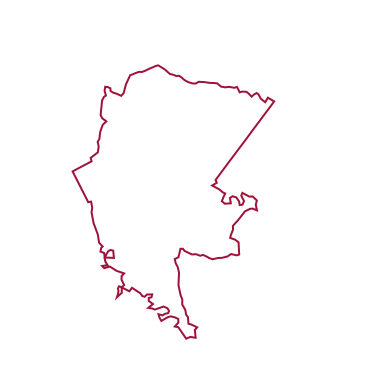 the district of Santa Rosa, Rio Grande do Sul, Brazil, rotated 154°
{"feature_id": "56859067B17988346737710", "entity_name": "Santa Rosa", "entity_type": "district", "adm_level": 2, "iso_a3": "BRA", "parent_name": "Brazil", "parent_adm1": "Rio Grande do Sul", "projection": "equal_earth", "projection_center": [-54.489, -27.84], "detail": "fine", "context": "isolated", "style": "outline", "palette": "rose", "viewbox_px": 384, "rotation_deg": 154, "n_neighbors": 0, "source": "geoboundaries", "source_scale": "gbopen_adm2", "svg_char_len": 2783}
<svg xmlns="http://www.w3.org/2000/svg" viewBox="0 0 384 384"><g transform="rotate(154 192 192)"><path d="M125.2,280.7L128.4,282.4L132.9,285.5L137.7,288.1L141.2,287.9L143.7,289.2L146.9,292.1L148.8,294.5L150.1,296.8L151.3,299.8L152.7,302.2L155.2,303.1L157.3,305.5L160.1,307.7L161.5,311.1L162.8,314.3L164.8,317.4L166.8,320.6L169.8,321.3L171.9,321.2L176.3,321.5L180.9,321.5L184.2,321.8L187.0,323.2L190.3,323.6L193.6,323.8L196.3,324.1L204.1,317.8L206.3,315.3L210.1,310.8L213.5,309.5L216.4,313.1L219.3,315.8L220.9,318.6L219.9,321.0L221.7,323.2L223.9,324.6L226.2,321.3L227.1,316.4L229.5,316.1L232.8,313.5L237.8,305.4L240.5,301.0L240.3,297.5L238.0,293.0L242.7,291.6L245.7,288.7L248.2,286.2L249.9,283.6L251.8,280.5L254.9,278.3L255.8,274.0L259.3,268.9L268.1,267.1L268.8,263.6L287.4,263.0L290.3,262.8L289.7,228.3L286.9,227.6L288.5,221.7L291.2,217.8L294.1,207.2L295.3,194.9L297.7,187.2L296.2,182.2L298.1,181.6L300.4,178.6L297.7,175.7L299.2,171.4L300.4,167.7L300.0,163.3L305.2,164.9L304.3,162.0L298.5,161.0L294.3,154.1L291.8,151.7L288.7,148.6L292.1,147.3L293.8,144.0L293.7,138.2L297.0,137.1L291.8,130.2L287.9,132.2L285.1,127.4L282.9,123.8L282.3,120.3L280.5,118.6L277.3,119.6L272.7,117.4L274.6,115.1L277.3,115.8L278.6,113.0L276.2,108.4L282.1,107.0L278.6,104.5L276.9,102.6L267.7,101.5L265.0,98.2L264.8,95.2L266.5,93.6L269.9,94.4L272.6,94.0L275.7,96.8L276.3,93.7L276.1,89.6L268.8,90.1L265.7,89.6L262.7,87.2L260.0,83.9L261.4,80.7L266.4,78.6L263.6,76.5L261.5,62.7L257.1,62.5L252.6,59.4L249.9,66.8L246.7,68.1L250.9,73.4L252.9,75.1L250.5,81.4L251.1,84.4L249.7,88.9L250.1,95.2L247.8,99.7L247.5,104.1L245.0,114.2L239.0,125.2L237.7,131.0L237.9,135.0L236.9,139.3L232.8,139.3L227.3,146.0L225.1,145.0L224.5,142.3L219.5,135.9L215.6,134.3L212.6,131.1L209.6,130.6L207.1,127.5L205.5,125.1L202.9,122.5L197.2,121.2L194.3,119.8L188.4,118.5L184.1,119.1L179.5,115.4L177.0,115.1L172.2,126.4L174.2,130.3L177.8,134.0L175.9,136.3L171.6,140.2L170.1,143.6L162.7,146.6L152.9,151.4L147.2,151.4L144.9,150.6L141.7,147.0L140.2,152.7L137.4,156.0L139.4,161.4L142.4,162.6L144.5,165.5L147.1,169.1L149.3,167.1L149.2,161.0L152.2,158.5L154.9,159.4L153.8,162.9L154.6,167.8L157.4,170.4L160.5,170.0L162.1,164.8L167.6,167.1L169.2,170.7L165.7,173.8L162.8,176.1L164.5,178.2L166.2,182.2L171.0,189.0L165.7,189.4L165.5,192.5L149.1,201.0L142.1,204.6L132.3,209.6L119.4,216.2L111.0,220.6L78.4,237.4L82.5,243.5L86.8,240.6L89.3,245.7L89.4,250.5L90.6,252.7L93.8,252.4L96.6,251.5L97.9,255.4L99.1,258.2L103.0,260.3L105.4,260.6L105.5,266.7L108.3,267.1L111.1,269.2L113.1,270.5L116.1,271.4L119.7,274.0L121.7,278.6L125.2,280.7ZM299.2,171.4L293.6,175.4L290.8,175.7L288.5,173.8L291.1,167.0L299.2,171.4ZM297.0,137.1L298.8,139.2L300.8,137.9L301.5,135.2L303.4,132.6L305.6,130.3L299.3,132.2L297.0,137.1Z" fill="none" stroke="#9f1239" stroke-width="2"/></g></svg>